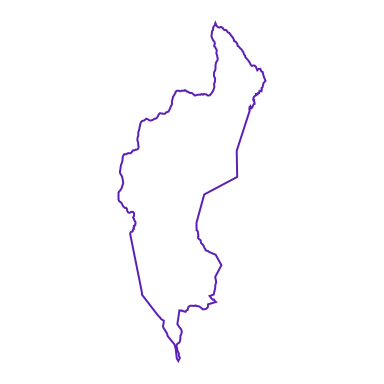 outline of Mul/Baiyer District, Western Highlands, Papua New Guinea
{"feature_id": "67681753B50383451708393", "entity_name": "Mul/Baiyer District", "entity_type": "district", "adm_level": 2, "iso_a3": "PNG", "parent_name": "Papua New Guinea", "parent_adm1": "Western Highlands", "projection": "equal_earth", "projection_center": [144.148, -5.548], "detail": "fine", "context": "isolated", "style": "outline", "palette": "violet", "viewbox_px": 384, "rotation_deg": 0, "n_neighbors": 0, "source": "geoboundaries", "source_scale": "gbopen_adm2", "svg_char_len": 5813}
<svg xmlns="http://www.w3.org/2000/svg" viewBox="0 0 384 384"><path d="M237.2,176.9L236.7,150.8L249.7,110.7L249.3,109.5L249.6,107.0L250.2,106.3L250.5,107.9L251.0,107.5L251.3,108.3L252.3,107.4L253.0,105.5L253.9,103.9L254.6,103.8L254.1,100.2L253.5,100.5L253.2,99.4L253.7,97.2L255.0,95.8L256.1,95.3L255.9,94.0L257.6,94.3L257.8,93.2L259.1,93.1L259.6,90.8L261.4,91.2L261.8,89.5L261.5,88.2L262.5,87.3L263.5,83.1L265.5,80.8L264.0,77.2L263.1,74.1L262.6,71.9L261.3,71.4L260.3,68.8L258.7,69.0L257.3,70.3L255.8,66.6L254.1,65.4L251.9,65.9L250.9,65.1L249.4,62.0L247.8,59.9L245.5,57.4L245.0,55.5L244.0,54.4L243.4,52.4L241.5,49.4L240.3,48.4L238.7,46.5L237.6,46.0L237.3,43.8L235.5,41.5L234.2,41.2L233.7,39.3L232.8,37.4L232.0,36.7L229.3,32.9L229.0,32.9L228.3,32.6L227.7,32.1L226.3,30.2L226.0,30.0L225.1,30.0L224.5,30.1L224.0,29.8L223.3,28.9L223.0,28.2L222.5,27.7L221.9,27.5L221.2,26.9L220.7,26.9L219.7,27.5L219.1,27.5L218.1,27.2L217.0,26.3L216.4,25.5L216.1,24.7L215.9,24.3L215.9,24.0L215.4,23.0L215.2,23.7L215.2,24.3L215.1,24.7L214.6,25.5L214.1,26.0L213.5,26.8L213.1,28.0L213.1,28.9L213.0,29.7L212.8,30.2L212.3,30.8L212.1,31.4L211.9,32.1L211.9,33.7L211.5,35.2L211.5,35.8L211.5,36.5L212.8,39.7L213.2,40.3L213.3,40.3L214.3,41.7L214.6,42.2L214.7,42.9L214.8,44.0L214.6,44.5L214.3,45.0L214.2,45.4L214.2,46.0L214.6,46.7L215.0,46.9L215.4,47.5L215.7,48.5L216.5,49.5L216.7,50.1L216.7,51.2L216.4,52.6L216.4,53.7L217.1,55.3L217.3,56.2L217.3,57.1L217.7,58.5L217.7,59.1L217.6,59.9L217.2,60.7L216.4,61.9L215.9,63.1L215.5,65.4L215.5,68.4L215.2,70.2L214.9,70.9L214.3,71.8L214.0,73.1L213.9,74.0L213.9,75.3L214.2,76.5L214.6,77.3L214.6,77.5L214.8,77.7L215.1,78.9L215.1,80.0L214.8,82.0L214.7,82.2L214.7,82.4L214.2,83.5L214.1,83.8L214.1,85.2L214.3,86.0L214.3,87.0L214.2,87.6L213.8,89.0L212.7,91.6L212.3,92.2L211.3,93.6L210.7,94.2L210.2,95.0L209.7,95.4L207.7,95.5L206.1,94.3L204.5,94.1L203.7,94.1L203.2,94.7L202.8,94.7L201.8,94.1L201.3,94.1L200.3,94.8L199.9,94.8L199.5,94.6L198.6,94.6L197.4,94.9L196.5,95.0L195.8,95.4L194.9,95.5L194.4,95.3L193.9,94.6L192.1,93.2L191.6,92.9L190.1,93.0L189.6,92.9L189.0,92.5L188.5,92.0L187.8,91.6L187.3,91.7L186.9,91.6L186.5,91.3L185.8,90.5L185.2,90.2L184.9,90.2L184.4,90.7L184.0,90.8L183.0,90.6L182.2,90.6L181.8,90.7L180.8,91.2L180.0,91.2L179.7,91.0L179.0,90.8L177.1,90.7L176.4,91.1L175.6,91.9L175.6,92.2L175.2,93.4L174.5,94.3L174.2,95.1L173.6,96.0L172.9,97.1L172.8,97.5L172.8,98.2L172.5,98.9L172.1,100.8L171.9,102.4L171.9,103.0L172.0,103.2L172.0,103.8L171.7,104.9L171.2,105.7L169.8,108.9L169.8,109.1L169.2,110.2L169.1,110.5L168.6,111.2L167.9,111.9L166.8,112.1L166.4,112.2L165.3,113.5L164.5,113.8L163.6,113.8L162.2,113.5L161.4,113.5L160.3,113.2L159.9,113.2L159.3,113.7L158.8,114.3L157.9,116.2L156.7,118.0L155.5,118.7L155.1,118.8L154.4,118.8L153.8,119.1L152.8,119.9L151.9,120.2L150.9,120.5L149.5,120.4L147.5,119.1L146.5,118.7L146.0,118.9L144.4,120.3L143.7,120.6L142.8,120.8L142.3,121.0L141.9,121.3L141.7,121.3L141.5,121.6L140.8,122.5L140.2,124.5L139.9,126.3L139.7,126.6L139.2,129.7L138.5,131.6L138.3,132.4L138.3,134.1L138.3,135.3L138.2,136.0L137.7,137.2L137.4,138.8L137.4,140.5L137.9,141.6L138.2,142.9L138.2,144.3L138.3,145.4L138.5,146.0L138.5,146.6L138.6,147.2L138.2,148.4L137.6,149.2L137.2,149.4L136.6,149.7L135.7,149.7L134.5,150.3L134.1,150.4L132.9,150.4L132.5,150.9L132.5,151.0L131.6,152.3L130.7,153.1L130.1,153.3L129.4,153.3L128.8,153.1L128.0,153.1L127.7,153.3L127.0,153.8L126.0,154.3L125.5,154.3L124.9,154.1L124.3,154.1L124.1,154.4L123.3,155.5L123.1,156.0L122.8,156.4L122.5,160.1L122.1,162.2L121.8,163.0L121.0,165.0L120.7,166.8L120.5,168.7L120.0,171.1L120.0,172.4L120.2,173.4L120.8,174.5L121.5,175.6L122.0,176.4L122.3,177.6L123.1,181.6L123.2,182.7L123.1,183.5L122.9,184.4L122.2,186.1L121.7,187.9L121.4,188.6L120.2,190.4L119.7,190.9L118.9,191.9L118.5,192.8L118.5,194.5L118.6,195.3L118.5,195.5L118.5,196.8L118.6,198.4L118.5,199.0L118.5,199.6L119.1,200.9L119.3,201.0L119.4,201.3L119.6,201.6L120.5,202.1L121.2,202.7L121.9,203.6L122.2,204.4L122.9,205.9L123.3,206.4L123.6,206.7L124.3,207.4L124.8,207.9L125.3,208.0L126.0,207.8L126.9,208.7L127.2,210.4L127.2,210.8L127.8,211.9L128.0,212.3L128.5,212.6L129.4,212.8L129.7,212.8L130.7,212.2L131.8,211.8L133.0,211.9L133.7,212.7L134.0,213.4L134.0,214.0L134.1,215.7L133.8,216.4L133.5,216.7L133.3,217.2L133.2,217.8L133.6,218.3L133.9,218.7L134.0,219.1L134.2,219.4L134.2,219.8L134.4,220.4L134.6,220.7L135.6,222.5L135.3,224.2L135.2,224.6L135.3,225.0L135.0,225.3L134.9,225.6L134.6,225.7L134.0,225.7L133.8,225.9L133.9,227.4L133.6,227.6L133.4,228.0L133.9,228.7L134.0,229.0L133.8,229.2L133.1,229.7L132.8,230.0L132.7,230.4L132.7,231.2L132.5,231.5L131.2,231.9L130.6,232.4L130.3,233.1L130.2,234.1L141.9,292.4L142.0,294.7L157.7,315.1L160.2,317.7L160.9,318.9L163.8,320.7L163.7,322.6L163.4,324.3L162.9,326.0L163.8,328.5L164.8,329.7L165.6,331.4L166.6,332.6L167.3,334.6L167.7,336.1L171.8,341.2L174.4,344.2L175.7,348.7L176.8,358.5L178.3,361.0L179.9,357.8L178.9,356.2L178.8,353.4L177.5,350.7L177.0,348.1L176.4,345.5L177.4,343.8L179.3,342.6L180.1,340.8L180.4,338.1L180.4,335.6L181.1,334.7L181.8,332.1L181.4,329.9L180.7,328.7L179.6,327.5L177.4,324.2L177.5,323.3L179.4,310.4L181.3,310.8L181.8,310.4L183.2,311.2L185.5,311.8L186.5,310.3L187.7,309.9L187.9,308.6L188.3,307.1L189.9,305.8L192.5,305.7L193.8,306.0L195.7,305.4L196.4,306.0L197.9,306.1L199.2,306.5L201.3,307.9L202.5,309.2L204.1,309.4L206.5,308.6L207.8,307.3L208.1,304.3L215.9,302.0L214.7,300.9L214.0,299.5L212.4,299.5L209.6,296.0L213.7,294.5L215.2,288.1L215.3,285.4L216.2,282.0L215.2,277.0L221.4,265.2L215.7,254.8L209.2,252.0L208.3,251.2L205.6,250.3L205.3,249.1L204.3,247.8L203.9,246.2L203.3,245.6L202.8,244.5L201.3,243.4L200.8,241.9L200.7,240.3L199.1,239.2L198.0,237.9L198.4,236.5L198.1,236.0L198.4,235.0L198.0,234.1L198.1,232.5L197.4,230.6L196.6,230.2L196.5,222.7L204.2,194.5L237.2,176.9Z" fill="none" stroke="#5b21b6" stroke-width="2"/></svg>